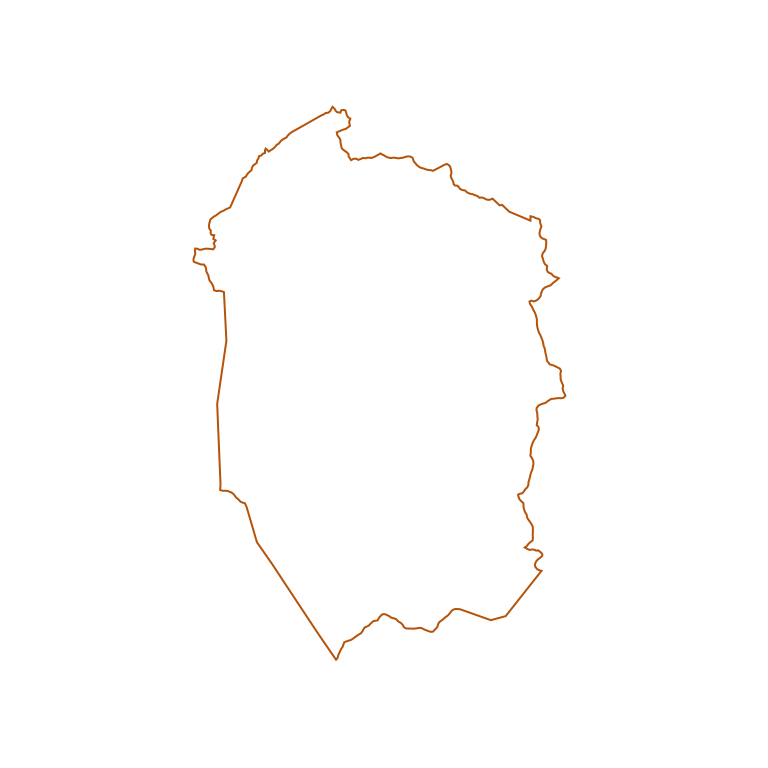 outline of Jeremoabo, Bahia, Brazil, rotated 226°
{"feature_id": "56859067B51032558402998", "entity_name": "Jeremoabo", "entity_type": "district", "adm_level": 2, "iso_a3": "BRA", "parent_name": "Brazil", "parent_adm1": "Bahia", "projection": "robinson", "projection_center": [-38.488, -9.985], "detail": "fine", "context": "isolated", "style": "outline", "palette": "amber", "viewbox_px": 768, "rotation_deg": 226, "n_neighbors": 0, "source": "geoboundaries", "source_scale": "gbopen_adm2", "svg_char_len": 5962}
<svg xmlns="http://www.w3.org/2000/svg" viewBox="0 0 768 768"><g transform="rotate(226 384 384)"><path d="M338.6,583.2L340.6,582.4L342.2,581.4L344.8,580.8L347.1,581.0L348.7,580.2L350.9,579.7L353.1,580.4L355.7,583.4L358.5,583.0L361.6,584.1L363.8,585.4L366.3,586.5L367.7,588.8L368.2,592.1L369.0,594.2L371.2,597.0L373.5,599.5L375.3,600.7L378.0,599.3L380.5,598.7L383.0,599.5L384.5,600.6L386.7,604.0L388.0,606.7L390.0,607.6L391.8,608.4L393.2,610.0L395.3,610.0L397.4,608.6L400.5,607.5L402.9,605.9L399.8,602.8L409.0,598.9L420.9,593.8L430.8,593.4L432.1,591.3L442.0,590.8L442.6,589.0L443.8,587.1L446.0,585.6L448.5,584.9L450.2,584.0L451.7,582.0L454.2,581.8L456.8,580.5L459.0,579.6L461.0,578.1L464.0,576.9L467.0,576.7L469.0,575.1L471.2,574.3L473.5,574.5L475.5,574.7L477.5,572.9L479.7,573.0L481.1,574.2L483.1,574.9L485.2,575.4L487.6,576.7L488.8,579.0L490.3,580.2L492.1,581.3L494.3,582.5L496.6,582.7L498.7,582.0L500.0,579.0L500.5,576.9L501.1,574.9L501.6,573.0L502.2,571.1L502.8,569.2L503.3,567.3L505.4,566.1L507.3,564.5L509.0,563.4L511.6,562.1L514.3,560.5L516.6,560.0L518.9,559.7L521.3,560.0L523.5,560.0L525.1,560.9L526.7,561.6L528.8,561.2L530.7,559.8L532.0,558.1L532.9,556.3L533.8,554.6L534.9,553.1L536.2,551.2L538.1,549.8L540.3,548.0L541.7,546.0L544.0,544.3L545.9,543.5L548.2,542.9L550.1,542.2L552.3,541.6L553.0,538.8L553.8,535.8L555.1,532.3L556.9,530.7L558.4,529.2L559.3,527.4L561.2,526.0L562.0,523.6L563.1,521.2L565.4,520.5L567.1,518.6L567.9,515.8L569.7,516.2L572.2,516.6L574.1,518.2L576.7,518.2L579.4,517.6L581.9,517.3L583.7,517.7L585.9,519.2L588.0,520.5L589.6,522.0L592.2,522.9L595.3,523.2L597.8,524.8L596.8,527.7L595.5,530.9L594.0,533.9L593.6,536.9L593.4,538.9L595.3,540.0L597.0,541.3L598.2,544.1L600.6,543.5L602.3,543.7L604.0,544.4L605.7,545.4L607.6,546.3L609.1,545.4L610.6,543.5L609.5,541.1L612.1,539.1L614.3,539.0L616.2,539.6L619.1,539.5L618.5,537.2L617.7,535.1L617.8,532.6L619.5,530.1L619.9,527.6L620.7,525.7L629.3,492.5L629.6,490.1L629.6,487.3L629.1,485.4L629.6,483.5L630.3,481.0L630.5,478.3L630.0,475.4L630.6,472.9L630.2,470.2L630.3,467.4L630.9,464.7L631.3,462.5L633.2,462.6L635.5,462.4L634.7,460.6L632.8,458.9L633.8,456.9L633.7,454.3L634.7,452.4L633.4,450.2L632.9,447.9L631.5,446.1L631.7,444.0L632.1,442.0L631.5,439.8L629.9,437.1L630.0,434.8L630.1,432.9L629.8,430.7L629.1,428.8L629.6,427.0L630.0,425.0L628.9,423.2L627.9,420.7L617.9,396.0L618.6,394.1L619.5,391.6L620.1,389.0L621.2,386.2L621.7,382.8L621.9,380.6L622.6,377.9L622.8,375.8L623.0,373.4L621.9,371.7L620.8,369.7L618.9,367.5L616.9,366.2L614.6,366.0L613.2,364.2L611.1,363.5L609.0,365.2L607.0,362.0L604.2,362.7L603.6,359.3L601.4,358.4L600.0,357.4L599.5,354.7L601.4,353.2L603.7,351.2L605.2,349.8L606.4,347.9L607.3,346.2L608.7,344.5L610.8,343.8L612.6,342.3L611.3,340.6L609.0,339.0L607.8,336.9L606.8,334.8L605.7,333.1L604.0,332.1L597.2,335.3L594.9,337.5L592.3,337.0L590.4,336.0L588.3,334.3L586.1,333.7L583.7,332.8L581.6,331.4L579.7,330.4L577.5,330.2L574.9,329.7L572.3,328.7L569.7,326.9L567.3,328.0L565.4,330.4L563.0,331.9L561.3,332.7L524.6,300.7L485.6,250.2L470.1,236.4L432.6,203.1L425.9,197.2L421.5,192.5L418.9,194.1L417.6,195.6L415.6,197.3L413.5,198.2L411.9,198.9L409.5,199.3L406.7,199.0L404.8,198.7L402.8,199.1L400.6,199.0L398.7,199.1L396.5,200.1L394.9,201.1L391.1,199.8L358.5,182.7L333.6,178.7L329.6,178.0L308.5,174.0L249.1,163.0L219.0,158.0L219.2,160.3L220.4,162.2L221.4,164.4L222.4,167.2L223.3,169.5L223.7,171.8L224.8,173.7L225.8,176.1L225.0,178.1L223.9,180.4L222.9,182.3L222.4,184.5L222.0,187.7L221.4,191.3L220.7,194.2L221.1,196.8L221.8,198.8L222.3,200.8L221.5,203.0L220.8,205.2L220.9,207.4L220.9,209.6L220.8,211.7L219.4,213.7L218.4,215.3L219.3,218.2L219.6,221.7L219.0,223.6L217.4,225.0L215.0,225.9L213.4,226.5L210.9,226.9L208.4,228.4L206.3,229.4L204.4,229.3L202.6,229.4L200.3,230.2L197.3,230.1L195.2,229.4L193.2,229.9L191.5,231.2L190.1,232.8L187.7,235.0L185.8,237.4L184.2,239.8L182.6,241.3L179.9,242.3L177.9,243.1L175.3,244.4L173.4,245.3L171.8,247.3L172.0,250.4L172.0,252.8L172.7,254.6L173.7,256.3L174.3,258.5L174.0,260.6L173.7,263.1L173.6,266.2L173.2,268.2L173.2,271.2L173.9,275.4L173.3,277.7L172.4,279.3L169.2,282.2L166.0,283.8L139.9,296.8L132.5,310.3L140.2,367.5L141.7,366.6L144.2,365.6L147.4,365.8L149.3,367.1L150.2,368.9L150.8,370.8L150.9,372.8L150.5,375.7L150.5,378.6L151.8,379.8L154.4,379.8L157.3,379.3L158.5,377.6L160.1,377.2L161.9,375.8L163.6,373.4L166.6,372.3L168.6,371.7L168.2,374.0L168.7,377.2L168.5,380.0L168.2,382.2L170.2,384.5L172.2,386.2L174.6,388.8L176.2,390.3L178.1,391.9L180.6,392.7L183.0,393.2L185.5,393.5L188.6,394.2L190.8,395.8L193.3,396.3L196.0,397.4L198.2,398.6L200.0,400.3L201.6,401.5L203.5,401.3L205.6,401.3L207.4,401.5L209.2,402.3L211.2,403.5L210.7,405.5L209.4,407.3L209.5,409.9L210.2,412.5L210.1,415.1L211.0,417.6L212.9,419.6L214.5,422.3L215.6,424.3L216.9,426.1L218.4,428.8L219.4,431.3L221.0,433.5L222.4,435.5L223.8,437.0L225.2,438.0L227.9,438.9L230.7,439.4L232.4,441.6L233.8,443.1L235.2,444.4L236.7,446.8L238.4,450.1L239.4,452.8L240.0,455.7L241.0,458.3L242.0,460.2L243.0,462.6L244.2,464.3L245.8,465.2L248.3,465.3L250.1,467.6L252.0,470.3L253.9,471.6L255.4,473.0L257.2,474.4L259.0,475.3L260.7,477.1L261.2,480.1L260.4,482.7L259.3,485.1L258.2,487.1L258.0,489.7L257.5,492.0L257.1,493.9L255.5,495.9L253.8,498.3L252.1,500.3L250.6,501.6L249.4,503.6L249.5,506.3L251.6,507.1L253.8,507.7L256.7,509.3L258.3,511.7L260.0,512.4L262.0,513.1L264.5,514.2L266.0,515.6L267.6,516.9L269.1,518.3L270.4,520.4L272.9,521.2L275.9,520.2L277.8,519.5L279.4,518.9L281.1,517.9L283.3,516.8L285.0,517.2L286.9,517.2L288.5,518.1L290.6,519.6L292.5,520.7L294.4,521.9L296.0,523.0L298.2,524.4L300.9,525.5L303.2,527.2L305.3,528.3L308.5,529.6L311.0,530.6L313.1,531.1L315.5,532.2L317.5,533.3L319.5,534.5L321.6,536.3L324.2,538.8L328.1,541.1L330.8,542.2L333.6,542.9L336.9,544.1L340.3,544.7L342.3,546.0L341.6,547.9L339.2,549.3L338.1,552.0L337.9,554.6L338.4,557.5L340.5,560.7L341.7,563.8L341.7,566.5L341.0,568.5L339.2,572.5L339.3,575.6L338.9,579.2L338.6,583.2Z" fill="none" stroke="#b45309" stroke-width="2"/></g></svg>